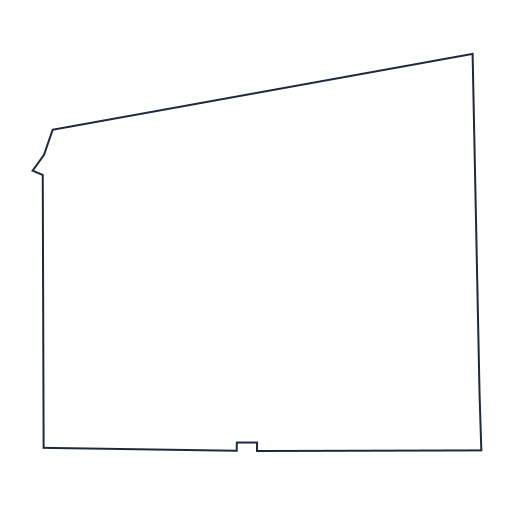 Randolph, Alabama, United States of America (Albers equal-area conic projection), rotated 269°
{"feature_id": "52423323B93336914433207", "entity_name": "Randolph", "entity_type": "district", "adm_level": 2, "iso_a3": "USA", "parent_name": "United States of America", "parent_adm1": "Alabama", "projection": "albers", "projection_center": [-85.481, 33.304], "detail": "fine", "context": "isolated", "style": "outline", "palette": "slate", "viewbox_px": 512, "rotation_deg": 269, "n_neighbors": 0, "source": "geoboundaries", "source_scale": "gbopen_adm2", "svg_char_len": 333}
<svg xmlns="http://www.w3.org/2000/svg" viewBox="0 0 512 512"><g transform="rotate(269 256 256)"><path d="M67.9,40.3L61.6,233.3L69.8,233.6L69.5,253.8L61.0,253.6L57.7,477.9L114.6,477.1L454.3,476.1L450.4,452.0L395.8,116.5L385.8,54.9L360.8,45.8L345.2,34.1L340.7,44.2L67.9,40.3Z" fill="none" stroke="#1e293b" stroke-width="2"/></g></svg>